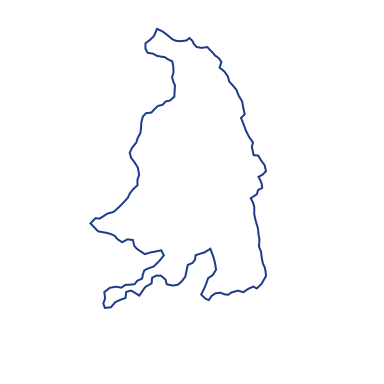 Schroeder, Santa Catarina, Brazil, rotated 203°
{"feature_id": "56859067B87986459705113", "entity_name": "Schroeder", "entity_type": "district", "adm_level": 2, "iso_a3": "BRA", "parent_name": "Brazil", "parent_adm1": "Santa Catarina", "projection": "robinson", "projection_center": [-49.056, -26.36], "detail": "fine", "context": "isolated", "style": "outline", "palette": "blue", "viewbox_px": 384, "rotation_deg": 203, "n_neighbors": 0, "source": "geoboundaries", "source_scale": "gbopen_adm2", "svg_char_len": 2565}
<svg xmlns="http://www.w3.org/2000/svg" viewBox="0 0 384 384"><g transform="rotate(203 192 192)"><path d="M265.8,236.2L263.7,230.3L262.5,225.9L263.1,220.6L262.6,215.6L264.4,209.6L264.7,203.8L261.3,199.6L256.5,196.9L251.4,193.3L247.4,187.3L247.0,181.9L244.8,177.0L247.4,171.2L248.7,166.4L248.8,161.7L250.5,156.9L253.0,150.2L256.4,143.0L261.5,139.0L264.4,134.6L266.7,131.4L270.6,130.1L273.2,123.4L267.7,121.1L263.1,119.1L258.5,120.1L254.3,121.1L250.4,121.6L246.0,121.5L242.1,119.4L236.6,118.5L232.9,123.2L227.7,124.7L224.0,119.8L220.6,118.2L216.6,117.4L211.1,116.4L206.7,120.1L202.4,122.9L197.5,126.3L193.2,122.7L194.7,117.2L196.1,113.3L198.2,108.4L202.6,104.4L205.3,101.2L205.0,97.0L204.1,92.8L207.8,88.8L208.8,84.7L212.4,82.7L217.0,80.5L219.6,76.4L225.0,75.1L230.2,71.7L233.6,65.6L230.5,60.3L230.0,54.6L226.9,51.3L221.6,54.2L219.5,60.8L215.5,65.1L211.8,68.4L213.5,74.3L209.7,77.4L205.0,76.9L200.0,76.0L199.0,81.1L197.9,86.3L193.5,92.1L195.2,97.5L192.1,101.2L187.7,102.8L182.1,101.0L179.2,97.2L173.0,98.4L168.7,101.2L166.5,105.8L165.1,111.5L166.3,117.6L167.4,123.2L163.8,126.9L162.8,130.9L164.0,135.2L161.3,137.6L156.9,141.3L152.9,146.9L149.0,142.8L145.8,139.2L142.8,135.2L139.5,129.9L140.5,123.4L143.5,118.9L143.1,112.9L143.1,107.7L143.5,101.2L138.0,99.1L134.3,99.1L133.4,103.9L130.8,107.9L126.5,110.4L122.1,110.5L118.6,111.5L116.3,115.1L111.0,119.2L105.6,119.8L102.5,124.7L98.6,128.9L94.7,128.5L92.2,134.3L91.5,139.6L91.1,143.7L93.2,147.6L95.9,151.3L98.7,153.7L102.1,158.7L105.0,163.8L109.1,168.0L111.3,174.5L114.2,179.0L117.3,184.6L120.7,188.6L123.2,191.8L126.1,196.0L128.8,202.5L131.4,205.8L135.5,209.2L131.4,215.4L132.0,219.5L129.0,223.2L130.9,226.6L133.5,229.3L136.7,231.9L133.8,235.6L132.0,240.0L135.7,245.1L140.8,248.1L145.2,251.4L149.6,250.0L151.9,253.2L154.6,257.0L155.2,261.4L161.1,265.1L166.1,269.3L170.7,274.2L175.8,279.3L173.9,284.2L177.5,289.2L181.2,294.9L186.5,298.8L191.2,303.5L196.2,306.1L200.7,308.1L204.2,312.4L209.1,315.5L215.2,317.3L215.7,323.1L219.9,325.8L224.0,326.6L227.7,328.5L231.1,329.8L234.4,331.4L239.8,328.3L244.5,327.3L248.1,329.0L250.9,331.4L254.4,332.7L256.5,329.2L261.0,326.6L265.4,324.9L269.6,324.9L274.3,326.3L278.0,327.4L282.0,328.3L287.9,328.5L288.0,320.6L290.1,315.6L292.9,310.8L291.0,305.9L287.2,302.8L281.9,304.1L277.8,303.6L273.4,304.5L269.8,305.5L266.3,304.8L261.3,304.6L258.5,300.6L255.8,295.2L255.2,289.8L252.5,286.5L249.3,283.4L247.4,278.0L245.5,272.8L248.1,267.5L251.6,265.1L253.2,260.7L257.0,257.9L258.9,253.6L260.4,249.3L265.2,246.5L266.7,242.2L265.8,236.2Z" fill="none" stroke="#1e3a8a" stroke-width="2"/></g></svg>